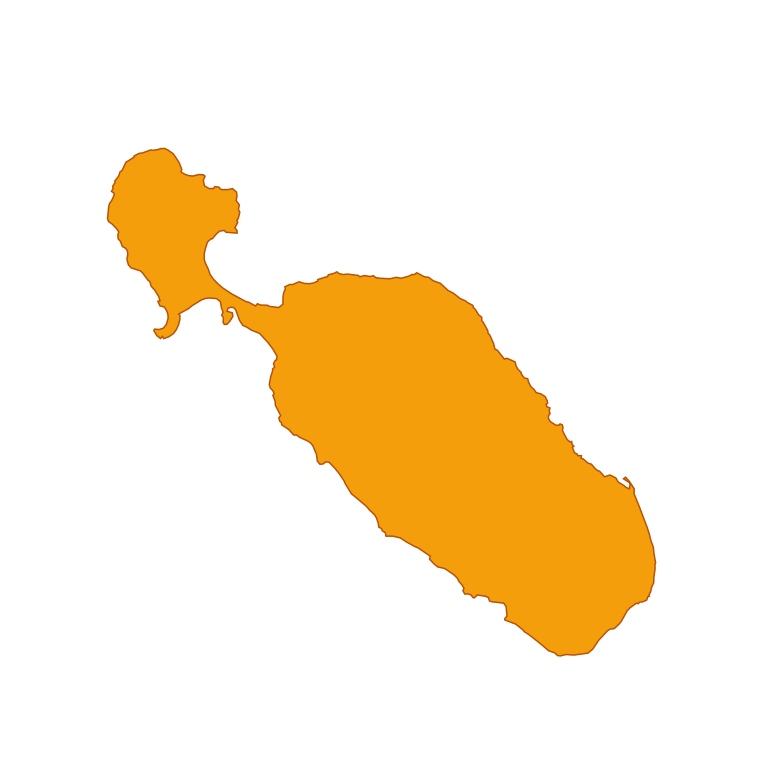 outline of Rotuma, Rotuma, Fiji, rotated 39°
{"feature_id": "14151628B71764118664060", "entity_name": "Rotuma", "entity_type": "district", "adm_level": 2, "iso_a3": "FJI", "parent_name": "Fiji", "parent_adm1": "Rotuma", "projection": "mercator", "projection_center": [177.068, -12.502], "detail": "fine", "context": "isolated", "style": "filled", "palette": "amber", "viewbox_px": 768, "rotation_deg": 39, "n_neighbors": 0, "source": "geoboundaries", "source_scale": "gbopen_adm2", "svg_char_len": 4918}
<svg xmlns="http://www.w3.org/2000/svg" viewBox="0 0 768 768"><g transform="rotate(39 384 384)"><path d="M405.2,268.3L403.6,267.0L396.8,268.3L395.0,268.1L389.9,269.6L380.9,269.8L374.8,271.0L364.4,270.3L357.2,272.8L351.6,273.0L347.8,275.3L339.5,276.9L338.4,280.4L337.0,281.0L335.4,284.6L330.8,291.0L326.4,293.4L322.3,298.6L313.8,304.7L310.9,306.4L307.5,306.6L305.6,309.2L300.6,312.0L297.7,315.9L295.7,315.8L286.1,321.8L283.6,324.5L279.6,326.5L276.8,326.5L275.6,329.3L272.0,334.2L272.5,336.0L266.8,344.4L267.8,345.7L265.6,349.9L262.9,353.0L258.5,356.1L253.7,358.0L250.2,364.5L248.3,365.7L245.8,370.8L247.6,372.4L248.5,375.9L250.5,379.6L255.2,385.6L254.1,390.8L246.1,395.8L243.8,396.2L238.4,400.3L235.1,401.3L235.0,404.2L226.5,405.8L225.7,406.7L209.0,409.8L198.9,410.8L192.3,410.7L185.4,409.9L179.7,408.2L174.9,405.2L168.6,402.2L165.8,400.2L162.4,396.0L160.2,391.7L157.5,384.8L158.1,380.3L159.2,379.2L159.3,372.6L160.1,368.6L163.2,365.2L165.7,365.5L174.9,359.2L173.2,357.2L169.8,356.4L168.6,350.4L166.5,349.4L166.7,347.4L163.9,341.3L161.0,339.9L158.8,335.8L153.6,334.5L151.6,330.6L148.7,327.7L143.3,327.5L140.3,331.2L136.2,334.6L134.2,335.5L131.9,334.9L128.4,336.9L128.4,339.5L125.0,342.2L119.7,343.0L115.4,339.4L114.1,335.1L112.0,335.1L108.3,337.7L104.6,342.7L101.2,344.9L97.4,346.3L93.0,347.1L91.8,344.5L85.5,340.9L79.8,339.0L75.1,337.7L69.5,338.1L65.4,338.9L62.0,341.9L61.0,343.8L57.2,348.0L55.4,348.9L50.8,356.6L48.5,358.9L46.3,364.1L47.0,365.0L43.9,374.0L46.0,382.8L45.4,385.2L47.0,389.6L47.0,395.5L48.3,396.9L48.7,401.0L50.5,402.7L51.0,405.8L53.9,405.6L55.3,406.7L56.9,412.7L57.1,416.6L58.5,419.5L65.1,429.5L67.7,431.1L71.6,430.8L78.1,431.5L82.2,432.7L83.3,435.7L86.1,438.5L89.4,439.0L94.1,441.8L97.3,441.2L100.5,441.8L103.2,444.4L105.5,448.5L107.3,450.1L110.5,452.3L114.5,452.9L123.4,449.4L126.4,449.6L135.4,451.9L137.4,451.7L141.5,454.5L146.6,455.3L153.6,457.7L157.6,460.3L156.2,462.0L160.7,464.3L164.9,462.4L168.9,463.8L172.2,465.8L174.9,468.9L177.3,474.5L177.4,479.4L175.1,483.0L171.1,485.8L171.5,487.3L177.1,489.4L181.7,489.3L181.9,486.4L184.2,487.4L187.1,482.7L188.7,476.9L188.4,472.4L187.0,467.1L184.8,462.4L182.3,459.2L180.4,458.9L184.7,448.3L185.5,444.1L189.3,433.3L191.7,429.5L194.5,426.8L200.2,423.0L205.1,423.0L209.6,427.0L213.8,429.5L214.6,432.8L217.4,433.5L220.3,437.4L222.4,438.2L224.4,436.4L224.7,432.1L224.0,426.5L221.3,424.1L216.2,426.3L215.1,423.2L216.8,420.6L219.0,419.3L222.0,419.6L231.5,425.4L237.4,427.3L241.5,426.2L246.9,425.6L255.5,423.0L267.8,424.8L275.3,426.7L283.4,429.7L285.2,432.8L284.6,434.1L285.3,437.7L288.3,439.7L288.0,442.3L289.4,444.4L291.3,449.5L295.1,456.5L298.0,458.6L302.4,459.3L304.8,460.9L304.8,462.8L310.1,465.8L313.0,468.9L323.6,473.6L323.5,476.4L326.3,478.5L328.5,478.6L330.2,480.1L338.9,479.3L345.9,480.5L348.2,478.7L352.0,478.5L360.2,476.4L364.0,476.0L367.4,476.7L375.7,481.1L380.8,485.9L384.7,486.7L386.9,484.6L387.9,481.0L390.5,479.4L398.9,480.4L405.7,481.9L413.9,484.4L416.2,485.7L427.7,489.8L447.3,490.1L451.7,491.0L459.1,491.6L462.6,492.9L467.4,496.0L470.1,498.6L472.8,497.9L475.2,499.2L478.5,498.7L481.3,501.0L486.5,496.8L493.4,493.4L501.0,492.6L509.5,491.1L513.8,489.9L528.3,488.7L529.7,491.5L536.8,492.4L541.0,492.3L546.0,489.8L547.9,489.1L558.4,488.3L562.9,488.7L566.7,490.3L571.5,491.2L574.8,492.5L575.4,495.0L579.0,496.4L581.3,494.3L584.4,493.1L587.6,494.0L588.8,493.3L589.3,489.3L591.6,487.9L596.7,485.0L599.7,484.3L602.5,486.3L604.8,485.4L614.9,479.0L618.9,480.1L625.7,487.0L625.4,490.1L626.4,491.3L637.6,487.7L646.8,487.7L649.1,488.2L654.3,487.6L669.7,487.4L679.7,487.7L686.0,485.5L689.8,485.8L692.3,484.2L695.7,479.7L702.2,475.1L711.9,464.8L713.1,458.5L712.1,448.1L713.0,435.0L714.0,432.1L716.8,429.4L717.8,422.8L717.8,418.9L715.7,407.3L716.1,402.8L718.1,395.4L719.7,394.9L720.1,392.4L722.0,390.7L724.1,386.7L722.9,383.1L723.8,382.0L722.7,381.1L722.0,377.8L719.8,373.3L718.7,368.7L715.6,364.7L711.0,357.1L708.3,353.9L707.6,352.0L700.5,345.9L696.1,341.4L690.1,337.8L684.7,333.7L679.0,330.0L659.2,318.4L647.5,312.0L644.3,307.9L636.0,305.3L630.4,304.4L629.8,307.0L636.8,306.2L638.4,307.2L640.6,311.1L637.3,312.0L634.5,311.9L627.9,312.8L623.2,311.1L616.8,312.6L613.8,317.3L606.3,316.1L604.7,316.9L600.8,316.8L595.6,315.8L592.3,317.1L585.9,316.9L583.9,317.7L582.6,315.5L579.6,317.7L578.0,316.9L575.4,317.6L570.3,314.8L570.7,312.9L568.1,312.5L566.0,310.6L565.2,311.9L561.3,311.9L552.3,308.1L550.3,305.0L548.3,303.6L545.9,304.2L545.9,305.8L543.5,307.9L537.0,308.5L533.7,307.5L531.9,305.3L531.6,302.4L529.3,300.9L528.1,298.2L524.7,299.2L522.7,297.6L523.3,296.2L521.8,294.5L517.2,292.4L512.2,292.9L507.8,294.9L503.8,293.8L500.1,293.7L495.2,291.6L492.3,289.4L489.3,291.1L484.5,289.8L483.3,288.7L478.9,288.3L475.6,287.0L471.9,284.3L463.3,286.7L461.9,288.9L450.8,286.4L448.3,287.1L443.7,283.6L435.4,279.4L433.0,279.0L430.8,277.1L422.2,273.6L420.1,273.3L417.9,270.6L414.1,270.7L407.9,268.5L405.2,268.3Z" fill="#f59e0b" stroke="#b45309" stroke-width="1.5"/></g></svg>